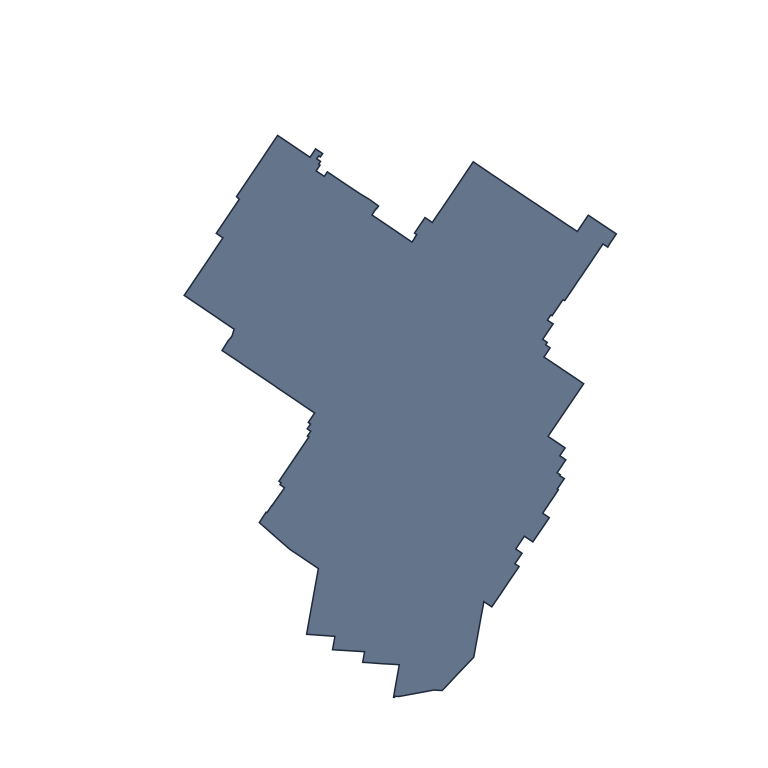 Victoria Plains, Western Australia, Australia (Equal Earth projection), rotated 34°
{"feature_id": "25037944B36470505967652", "entity_name": "Victoria Plains", "entity_type": "district", "adm_level": 2, "iso_a3": "AUS", "parent_name": "Australia", "parent_adm1": "Western Australia", "projection": "equal_earth", "projection_center": [116.32, -31.016], "detail": "fine", "context": "isolated", "style": "filled", "palette": "slate", "viewbox_px": 768, "rotation_deg": 34, "n_neighbors": 0, "source": "geoboundaries", "source_scale": "gbopen_adm2", "svg_char_len": 3638}
<svg xmlns="http://www.w3.org/2000/svg" viewBox="0 0 768 768"><g transform="rotate(34 384 384)"><path d="M358.1,568.6L369.7,570.1L382.7,571.8L389.1,572.6L398.9,573.8L406.4,573.7L407.8,573.7L417.3,573.7L423.2,573.7L432.8,573.7L437.2,583.7L443.1,597.1L446.9,605.7L453.1,619.7L459.8,634.8L464.5,632.1L465.0,631.8L466.9,630.7L475.1,626.0L484.1,620.8L484.3,620.7L484.5,620.7L489.9,633.1L497.9,628.4L517.6,616.8L522.0,626.7L525.8,624.4L527.9,623.2L528.2,623.0L530.2,621.8L530.4,621.8L539.3,616.7L546.6,612.3L553.6,608.2L558.0,618.0L561.4,625.7L567.1,638.4L568.0,637.9L567.5,636.9L569.3,635.8L571.1,634.8L571.2,634.7L596.3,610.0L596.8,609.7L603.6,605.6L604.3,601.8L607.1,584.3L607.1,584.2L611.2,560.3L606.5,549.7L600.8,536.6L600.7,536.4L594.0,521.2L590.3,512.6L588.5,508.6L598.0,508.5L598.1,491.4L598.0,479.9L598.0,478.2L598.1,459.8L593.0,459.8L593.0,459.4L593.1,456.6L593.1,447.1L585.5,447.1L585.5,431.7L586.1,431.7L595.7,431.7L595.8,409.8L595.8,402.4L594.6,402.4L587.8,402.4L587.8,396.1L587.8,392.4L587.7,392.4L587.7,391.1L587.8,387.3L587.8,380.8L587.7,374.2L586.4,374.2L586.4,369.1L586.4,367.9L586.4,361.6L581.0,361.7L581.0,360.7L577.0,360.7L577.0,360.1L577.2,358.3L577.2,356.9L577.2,355.8L577.2,355.2L577.2,353.6L577.1,347.7L577.2,345.2L569.9,345.2L569.9,335.7L549.3,335.7L549.3,323.1L549.4,272.1L549.1,272.1L541.0,272.1L535.6,272.1L529.7,272.1L523.9,272.2L522.0,272.1L502.1,272.2L501.6,272.2L501.5,261.2L496.1,261.1L496.1,258.2L490.6,258.2L490.6,239.6L483.7,239.7L483.7,239.3L483.7,236.3L483.7,234.6L483.7,233.4L485.2,233.4L485.2,229.7L485.2,225.4L485.2,214.5L485.3,214.3L485.5,214.1L485.8,213.9L486.0,213.9L487.1,213.9L487.2,213.7L487.3,197.5L487.3,197.3L487.2,192.1L487.2,188.9L487.3,181.3L487.3,174.8L487.3,153.7L487.2,145.5L488.8,145.5L492.8,145.4L493.0,145.4L493.0,144.0L492.7,143.3L492.7,129.6L484.2,129.7L459.0,129.8L458.9,130.0L459.0,145.8L459.0,149.4L459.0,149.5L452.3,149.5L448.1,149.6L422.4,149.6L422.3,149.8L422.1,149.7L414.0,149.7L410.9,149.7L403.1,149.8L376.6,149.9L372.7,149.9L366.8,149.9L362.1,149.9L354.4,150.0L353.5,150.0L352.8,149.9L333.7,149.9L333.8,173.8L333.8,191.1L333.8,210.4L333.7,210.4L333.7,222.9L333.7,223.1L324.9,223.1L324.9,238.3L324.9,241.9L327.6,241.8L327.6,245.6L327.9,245.6L327.8,250.7L318.8,250.7L307.8,250.6L306.7,250.6L296.6,250.6L287.1,250.6L279.5,250.6L279.4,242.8L279.9,242.8L279.9,242.6L280.0,239.5L269.2,239.1L257.2,239.7L237.9,239.8L237.7,239.8L218.4,239.8L218.4,245.2L208.6,245.3L208.6,241.7L208.6,238.3L206.9,238.3L206.9,234.9L202.4,234.9L202.3,231.4L204.3,231.4L204.3,231.2L204.3,227.3L195.8,227.3L195.9,237.4L184.4,237.4L156.8,237.4L156.8,237.8L156.8,252.1L156.9,264.6L156.9,284.7L156.9,285.8L156.9,290.6L156.9,311.1L159.8,311.6L160.7,311.8L160.7,352.9L168.7,352.9L168.7,359.7L168.7,370.3L168.8,373.8L168.8,376.8L168.8,388.8L168.8,422.3L196.5,422.3L205.2,422.3L208.4,422.3L215.7,422.4L228.4,422.4L228.8,422.4L229.0,422.3L230.6,427.4L230.9,428.3L231.0,428.8L231.1,429.4L231.1,429.9L231.1,430.2L231.1,430.8L231.0,432.0L230.7,434.5L230.6,435.2L230.6,435.5L230.6,435.9L230.6,436.5L230.6,436.9L230.7,439.0L230.8,441.6L230.9,444.7L231.0,446.8L231.3,446.8L250.3,446.7L253.9,446.6L253.8,446.8L266.4,446.8L277.7,446.7L283.4,446.7L287.6,446.7L296.6,446.7L296.7,446.8L296.8,446.8L297.5,446.8L302.2,446.8L304.4,446.8L306.1,446.8L309.5,446.8L316.0,446.8L318.1,446.7L320.3,446.8L323.4,446.8L329.3,446.8L329.5,446.9L339.0,446.8L341.7,446.8L342.7,446.8L342.7,458.2L345.5,458.3L345.4,464.1L349.7,464.1L349.6,470.0L351.3,469.9L351.3,505.3L351.3,523.4L354.0,523.4L354.0,525.6L359.6,525.7L359.1,548.2L358.9,548.1L358.9,556.2L357.9,556.2L358.1,568.6Z" fill="#64748b" stroke="#1e293b" stroke-width="1.5"/></g></svg>